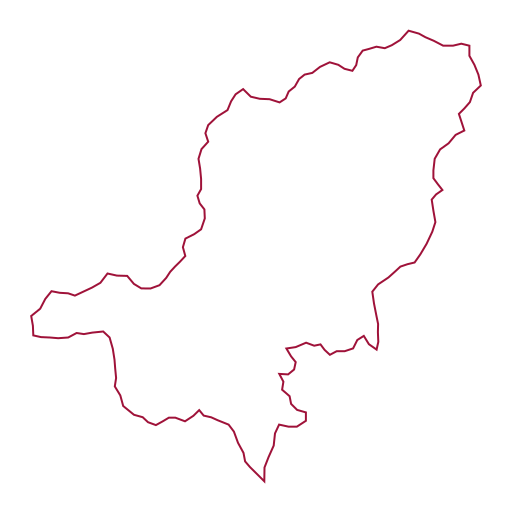 Guabiruba, Santa Catarina, Brazil
{"feature_id": "56859067B25663220067280", "entity_name": "Guabiruba", "entity_type": "district", "adm_level": 2, "iso_a3": "BRA", "parent_name": "Brazil", "parent_adm1": "Santa Catarina", "projection": "natural_earth1", "projection_center": [-49.027, -27.109], "detail": "fine", "context": "isolated", "style": "outline", "palette": "rose", "viewbox_px": 512, "rotation_deg": 0, "n_neighbors": 0, "source": "geoboundaries", "source_scale": "gbopen_adm2", "svg_char_len": 2267}
<svg xmlns="http://www.w3.org/2000/svg" viewBox="0 0 512 512"><path d="M31.2,316.0L32.9,325.8L33.3,335.4L41.0,337.1L49.8,337.5L58.2,338.2L68.2,337.5L76.6,333.0L83.9,334.1L92.3,332.6L103.2,331.5L109.6,337.5L112.8,348.8L114.5,359.7L115.2,368.6L116.1,378.0L114.8,386.4L120.3,395.4L123.2,406.0L134.0,414.8L142.7,417.2L148.0,422.2L155.9,425.1L162.8,421.3L168.8,417.7L175.4,417.7L185.0,421.3L193.4,415.8L199.2,410.1L203.7,415.6L211.2,417.3L217.6,420.2L228.6,424.6L233.9,431.6L238.0,442.8L243.5,452.9L245.1,461.4L250.0,467.1L264.3,481.3L264.5,467.5L268.6,457.0L273.7,445.6L275.0,433.4L279.1,424.6L288.7,426.7L296.8,426.7L305.9,420.8L305.9,412.4L297.1,409.9L291.1,403.9L289.6,396.2L282.1,389.7L283.4,381.7L279.3,373.9L288.1,374.4L294.1,369.5L295.7,362.1L291.1,356.4L286.4,348.5L295.7,347.1L306.1,342.7L314.2,345.7L320.5,344.4L324.6,349.9L329.9,354.8L336.7,351.2L344.7,351.2L353.1,348.4L357.3,340.0L363.8,335.9L368.9,344.2L376.6,349.6L378.3,341.9L377.9,332.1L378.1,324.0L376.4,315.7L374.0,303.5L372.3,291.7L378.1,284.4L388.4,277.5L395.1,271.5L400.4,266.6L407.5,264.2L414.6,262.5L420.3,254.4L426.6,243.8L432.3,231.7L435.4,222.1L433.4,210.7L431.7,199.6L436.1,194.4L442.4,190.0L437.7,184.0L433.4,178.2L433.4,170.4L434.7,158.8L440.1,149.4L448.6,143.3L455.6,134.9L464.3,130.5L461.9,123.1L458.9,113.9L464.3,108.5L469.9,102.1L473.1,92.8L480.8,85.5L478.4,74.6L474.4,64.8L469.4,55.8L469.4,45.7L461.3,43.7L452.9,45.7L443.2,45.7L433.8,40.8L425.4,37.2L418.9,33.6L408.6,30.7L400.2,40.0L391.8,45.2L384.8,48.2L376.4,46.7L368.7,49.0L362.7,50.6L357.8,57.4L356.2,65.1L352.4,70.8L344.5,68.8L338.3,64.8L329.7,62.3L320.0,66.9L312.3,72.9L304.6,74.6L299.1,79.0L294.8,86.6L288.7,91.5L285.7,98.4L279.6,102.4L269.6,99.2L259.8,98.8L250.8,96.7L243.1,89.1L235.6,94.3L231.1,101.3L227.5,110.1L216.9,116.8L208.2,125.1L205.4,133.2L208.2,141.7L201.5,149.1L198.5,158.8L200.1,168.5L201.1,179.0L201.1,189.1L197.4,195.7L199.7,203.4L204.4,209.4L204.8,218.4L201.1,229.3L194.3,234.1L185.4,238.6L182.9,247.2L185.3,256.0L179.7,262.0L175.0,266.6L170.2,271.8L166.2,277.9L159.5,285.2L150.5,288.5L141.3,288.4L133.9,283.9L127.2,275.9L116.9,275.6L107.5,273.5L100.4,282.8L92.0,287.6L84.3,291.2L74.9,295.6L68.1,293.3L59.7,292.8L51.5,291.2L45.3,298.9L40.2,308.7L31.2,316.0Z" fill="none" stroke="#9f1239" stroke-width="2"/></svg>